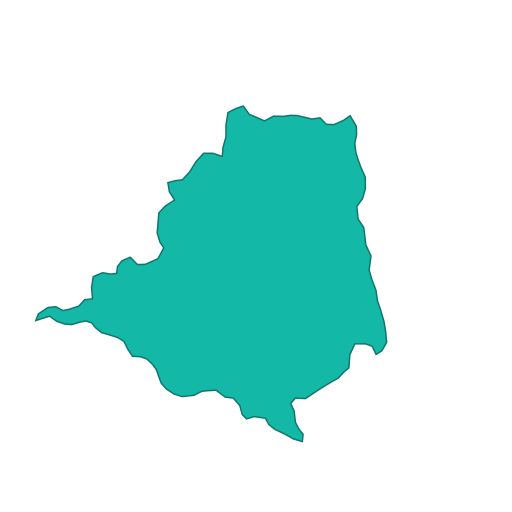 the district of Taguaí, São Paulo, Brazil, rotated 31°
{"feature_id": "56859067B74189053823533", "entity_name": "Taguaí", "entity_type": "district", "adm_level": 2, "iso_a3": "BRA", "parent_name": "Brazil", "parent_adm1": "São Paulo", "projection": "robinson", "projection_center": [-49.403, -23.468], "detail": "fine", "context": "isolated", "style": "filled", "palette": "teal", "viewbox_px": 512, "rotation_deg": 31, "n_neighbors": 0, "source": "geoboundaries", "source_scale": "gbopen_adm2", "svg_char_len": 1809}
<svg xmlns="http://www.w3.org/2000/svg" viewBox="0 0 512 512"><g transform="rotate(31 256 256)"><path d="M391.3,391.2L388.2,384.6L382.4,382.5L375.5,378.3L368.5,369.2L361.6,364.5L363.0,357.5L371.9,352.7L376.5,342.7L381.5,332.6L385.6,324.9L389.4,318.3L390.9,310.8L393.2,304.0L387.2,292.1L386.0,280.4L395.1,274.9L402.0,273.5L409.6,278.5L412.7,272.4L412.5,262.8L406.1,254.1L399.5,246.3L390.0,237.5L383.4,232.0L376.4,223.5L367.9,216.9L360.3,209.9L354.5,196.7L344.4,189.9L338.4,182.1L333.7,176.1L324.5,171.8L316.9,161.6L317.8,152.0L315.1,142.0L309.1,132.2L299.6,125.5L293.9,120.8L288.5,116.1L282.7,108.6L279.6,99.9L275.2,93.2L264.4,87.3L261.2,94.6L255.2,103.2L248.5,106.9L239.7,104.6L233.4,109.8L226.7,111.9L218.8,114.5L213.4,117.5L207.5,122.2L199.0,127.1L193.8,135.8L177.2,138.0L167.9,134.0L162.9,139.8L158.1,147.5L162.9,159.4L168.9,169.3L171.7,179.6L175.8,188.0L166.1,190.2L158.2,194.9L156.0,205.9L155.8,218.0L153.6,228.6L147.7,233.3L142.7,238.5L148.7,245.6L157.4,249.9L152.5,259.9L150.5,269.1L153.8,275.7L159.4,287.1L166.7,293.7L172.7,296.5L173.4,308.7L165.5,320.1L158.7,324.4L148.9,321.8L143.6,329.1L142.7,336.3L145.5,342.7L140.7,346.4L133.2,349.3L127.1,357.5L131.3,367.7L137.9,376.9L131.6,381.8L130.0,390.1L123.3,397.9L118.6,402.2L110.4,402.6L104.1,407.4L99.3,417.7L100.5,424.7L110.0,413.9L118.9,414.6L126.9,412.9L133.5,409.6L139.1,403.4L143.7,399.3L149.6,397.9L155.2,400.1L163.2,401.2L171.8,398.9L179.4,397.1L186.9,397.2L193.9,401.8L201.8,405.6L208.7,401.9L215.6,400.5L223.0,402.2L229.3,404.8L235.3,409.9L240.4,413.9L247.9,416.2L256.8,416.5L265.0,414.6L274.5,407.4L279.3,399.8L284.3,396.1L290.9,391.6L302.4,392.8L309.7,389.5L319.2,392.6L325.8,398.9L331.8,400.5L337.1,394.6L347.6,390.2L353.7,393.8L361.5,394.9L372.5,393.8L382.4,393.5L391.3,391.2Z" fill="#14b8a6" stroke="#0f766e" stroke-width="1.5"/></g></svg>